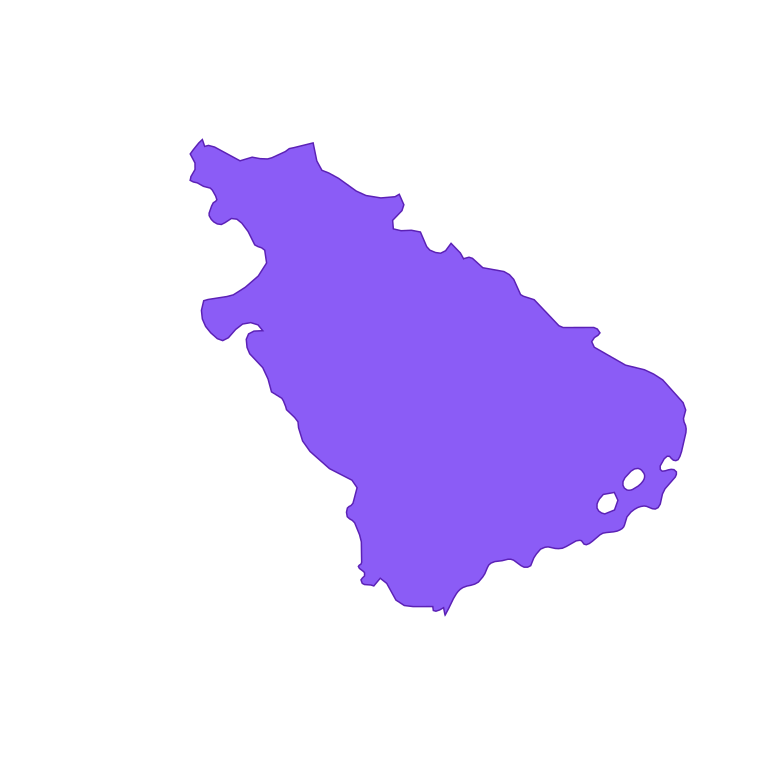 the Metropolitan department of Pyrénées-Atlantiques, rotated 37°
{"feature_id": "FRA-5336", "entity_name": "Pyrénées-Atlantiques", "entity_type": "Metropolitan department", "adm_level": 1, "iso_a3": "FRA", "parent_name": "France", "parent_adm1": "", "projection": "equal_earth", "projection_center": [-0.695, 43.182], "detail": "fine", "context": "isolated", "style": "filled", "palette": "violet", "viewbox_px": 768, "rotation_deg": 37, "n_neighbors": 0, "source": "natural_earth", "source_scale": "10m", "svg_char_len": 3717}
<svg xmlns="http://www.w3.org/2000/svg" viewBox="0 0 768 768"><g transform="rotate(37 384 384)"><path d="M106.6,338.0L105.9,336.4L105.0,334.6L104.0,326.4L100.0,321.2L90.8,316.9L90.7,311.8L91.0,303.0L91.8,298.1L92.7,298.7L92.9,298.8L97.8,302.2L100.2,299.1L106.1,296.7L134.7,292.4L142.2,282.2L149.4,278.6L155.5,274.4L158.3,270.8L165.3,257.8L166.7,253.0L169.6,249.7L182.3,234.1L196.1,246.3L205.8,250.7L213.0,248.7L223.9,247.1L245.8,246.6L256.2,244.3L269.5,237.3L280.1,227.8L282.0,223.3L292.0,228.9L294.0,234.7L292.4,248.1L298.1,254.5L305.4,251.3L313.4,244.7L321.6,240.7L335.4,248.6L340.0,249.5L346.0,248.0L350.5,245.5L353.0,240.5L352.9,231.3L366.1,233.4L372.2,236.1L372.3,235.8L375.6,231.6L379.0,230.4L392.9,231.7L412.1,222.0L418.4,221.2L424.7,222.4L439.3,230.4L442.6,230.0L453.2,226.3L488.6,232.2L493.1,231.1L517.5,212.6L521.3,211.7L525.7,213.2L525.6,216.2L524.1,220.3L524.4,225.2L529.8,228.1L565.5,223.6L583.4,215.9L593.4,213.8L604.1,213.0L634.1,218.9L640.6,223.2L643.9,231.3L646.4,233.7L649.9,235.7L652.3,238.0L654.3,241.0L662.3,258.9L663.9,263.7L664.4,267.4L663.2,269.6L660.9,270.7L658.2,270.5L655.6,269.9L653.6,271.3L652.8,275.1L653.9,283.3L656.1,286.0L658.7,286.2L660.9,284.0L662.7,281.5L664.7,279.3L667.1,277.9L670.4,278.2L671.9,280.2L672.6,283.0L671.5,298.6L672.6,304.3L676.9,313.7L677.3,317.8L675.9,320.6L673.4,322.1L667.3,323.7L665.1,324.9L662.8,327.3L661.0,329.9L659.4,333.5L658.3,337.6L658.0,343.9L660.9,351.8L661.4,353.8L661.2,356.1L660.2,358.6L658.7,361.2L656.3,363.9L650.9,368.9L648.6,371.4L647.2,374.6L645.1,384.1L644.0,387.8L642.3,390.6L640.1,391.5L636.0,390.3L634.3,391.1L631.9,393.6L627.4,404.0L625.3,407.8L622.4,410.5L619.7,412.3L613.1,415.3L610.8,417.5L608.4,421.7L608.0,428.1L608.3,432.7L610.5,440.8L609.0,443.8L606.1,446.0L602.8,446.6L593.5,446.7L590.8,447.6L588.5,449.3L584.7,454.0L579.4,459.1L577.2,462.7L576.6,465.6L577.1,468.6L578.7,474.8L579.0,478.8L578.6,485.4L576.9,489.2L574.4,492.6L571.8,495.5L569.5,499.1L568.4,502.2L568.0,505.2L568.0,507.9L568.6,513.6L570.7,524.3L571.9,531.7L571.9,531.8L571.2,531.3L566.2,526.8L564.4,531.0L562.2,534.2L559.7,535.2L556.9,532.4L541.3,544.2L533.5,548.7L523.6,549.4L506.2,541.6L497.9,541.4L497.4,551.4L494.5,552.4L489.1,555.9L486.6,556.3L483.5,554.3L483.5,551.8L484.0,549.1L482.1,546.5L480.7,546.1L475.4,546.1L473.3,545.1L473.3,543.6L474.0,541.7L473.5,539.9L460.9,523.7L455.2,519.1L444.1,512.5L440.8,512.0L437.7,512.4L434.5,512.1L431.2,509.0L429.4,505.1L429.8,502.9L430.8,500.9L431.0,498.0L429.7,494.7L424.9,483.0L416.3,480.1L391.4,484.4L365.6,482.4L353.3,478.5L342.1,470.4L338.1,466.0L332.8,464.5L321.6,463.2L319.2,461.3L313.8,458.0L311.0,456.9L298.9,458.0L288.4,449.8L277.3,443.9L258.6,440.7L252.6,437.2L247.1,431.2L245.7,425.5L248.3,420.0L255.1,414.4L247.8,412.6L240.6,415.2L235.0,421.2L232.7,429.7L231.9,440.7L229.1,446.4L223.6,448.1L214.8,447.4L206.9,445.4L199.8,441.4L193.9,435.1L189.9,426.0L192.6,422.4L205.9,408.7L210.0,403.5L215.0,390.2L218.6,373.4L217.4,358.0L208.2,348.9L204.3,348.9L200.7,350.1L197.1,350.7L183.7,344.0L173.7,341.1L167.3,340.9L162.5,343.7L159.9,350.9L158.1,354.5L154.5,356.5L150.5,357.0L147.0,356.5L143.1,354.8L141.5,352.8L139.2,345.6L138.6,342.0L139.6,339.4L139.6,337.4L136.4,335.2L130.3,332.5L127.4,332.1L120.8,334.8L113.9,335.7L110.1,337.4L106.6,338.0ZM631.9,356.2L635.3,356.1L638.5,354.9L643.9,345.9L640.8,336.1L633.2,332.0L625.6,340.2L625.2,346.1L625.6,349.0L626.4,351.7L628.8,354.9L631.9,356.2ZM638.6,322.5L641.8,322.4L642.9,321.9L644.0,321.1L645.1,320.0L646.0,318.6L648.4,312.6L649.1,309.3L649.3,306.0L649.0,303.6L648.2,301.6L647.0,300.0L645.4,298.9L641.6,297.8L639.6,297.9L637.7,298.5L635.2,301.0L633.7,305.0L632.8,313.8L633.6,318.1L635.7,321.0L638.6,322.5Z" fill="#8b5cf6" stroke="#5b21b6" stroke-width="1.5"/></g></svg>